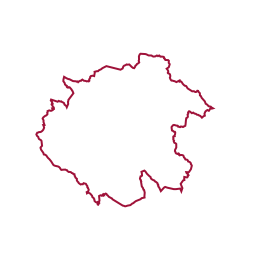 outline of Tu Mo Rong, Kon Tum, Vietnam, rotated 311°
{"feature_id": "81297802B16541954250717", "entity_name": "Tu Mo Rong", "entity_type": "district", "adm_level": 2, "iso_a3": "VNM", "parent_name": "Vietnam", "parent_adm1": "Kon Tum", "projection": "equal_earth", "projection_center": [107.945, 14.888], "detail": "fine", "context": "isolated", "style": "outline", "palette": "rose", "viewbox_px": 256, "rotation_deg": 311, "n_neighbors": 0, "source": "geoboundaries", "source_scale": "gbopen_adm2", "svg_char_len": 5801}
<svg xmlns="http://www.w3.org/2000/svg" viewBox="0 0 256 256"><g transform="rotate(311 128 128)"><path d="M52.8,81.8L53.5,83.0L53.5,83.6L53.7,84.4L53.3,85.5L52.9,87.5L52.9,89.0L52.4,91.9L51.2,95.8L51.2,96.4L51.6,97.7L53.1,100.5L53.3,101.3L53.3,102.5L52.6,104.7L52.8,105.4L53.5,105.9L55.5,108.0L55.8,109.2L56.1,109.6L55.8,110.4L55.9,112.0L56.6,112.8L57.2,113.8L57.1,115.0L57.6,116.0L57.4,116.9L58.0,117.9L56.9,119.0L56.9,119.6L56.1,120.8L56.1,122.8L55.1,123.5L54.8,124.1L54.5,125.1L54.5,126.1L54.1,126.9L54.3,129.3L55.1,129.8L55.9,130.8L57.2,130.7L58.2,132.8L58.1,133.3L57.8,133.8L57.5,135.4L56.7,136.0L56.7,136.8L56.3,137.1L56.0,138.2L55.6,138.9L54.2,139.5L52.5,138.9L51.8,139.9L53.0,140.2L53.3,140.9L53.7,142.5L53.3,145.3L52.5,146.4L52.6,148.1L52.2,148.7L52.2,149.2L51.0,150.6L50.9,152.2L51.5,153.9L50.4,155.3L50.5,155.8L51.0,155.8L51.6,155.4L52.5,155.5L52.6,155.1L52.3,154.0L52.4,153.7L52.7,153.8L53.2,154.6L54.5,154.1L57.7,150.8L59.2,151.4L59.5,151.9L59.7,152.8L60.0,152.9L60.4,152.8L60.7,153.7L61.0,153.6L61.5,152.7L61.9,152.7L62.0,153.9L62.4,153.6L63.9,154.2L64.1,155.1L63.7,155.7L63.8,157.0L63.5,158.6L64.3,162.3L64.0,163.0L66.0,175.0L66.5,175.8L66.9,177.0L67.3,177.5L69.1,178.6L71.4,180.4L73.9,180.8L74.9,181.4L75.8,181.4L78.0,181.9L82.5,184.2L83.9,184.3L86.4,186.1L87.1,185.3L90.2,183.0L91.7,180.9L91.8,180.6L91.6,180.1L92.5,178.7L93.0,176.7L95.9,173.2L96.3,173.1L96.6,172.2L97.0,172.1L97.2,171.7L97.4,170.5L97.8,170.1L99.8,169.2L100.7,169.8L101.3,169.8L102.7,168.4L103.8,166.9L106.6,168.3L106.6,169.7L105.9,172.3L105.7,175.6L105.8,177.2L105.3,177.8L104.9,178.8L105.0,180.1L105.4,181.8L105.7,182.3L105.4,183.5L105.7,184.7L105.7,186.4L105.1,187.1L105.1,187.8L104.6,188.0L104.4,188.7L103.7,189.3L103.6,190.4L101.9,194.2L106.7,194.3L107.9,194.7L108.8,196.9L111.8,202.5L113.2,204.2L116.5,207.1L115.2,209.8L118.3,208.5L120.4,204.4L124.6,204.0L125.7,204.7L126.7,203.6L128.0,202.6L129.4,205.0L130.0,205.1L130.8,204.9L131.3,204.3L132.1,204.6L132.5,203.6L132.4,202.4L132.5,201.6L132.9,200.9L134.3,202.7L134.9,202.9L138.2,202.5L141.4,200.9L141.7,200.4L142.0,199.1L142.6,198.6L142.8,197.6L142.8,196.8L142.2,195.3L142.8,194.4L142.8,193.6L142.7,193.1L142.0,192.2L141.9,191.9L142.5,190.7L142.5,189.5L143.1,188.7L143.5,187.8L143.0,186.4L142.1,185.4L141.2,184.9L141.2,184.2L141.9,183.7L142.0,182.8L141.8,182.6L141.1,182.7L140.9,182.4L140.4,181.1L140.5,180.3L141.0,179.6L141.4,178.5L142.8,177.7L143.7,177.6L145.0,177.2L147.6,174.9L147.7,174.1L147.3,172.6L148.0,171.2L148.7,171.0L148.9,170.0L149.4,169.3L150.2,169.0L150.5,168.4L151.3,167.8L151.8,167.9L152.5,168.6L153.0,168.0L154.2,167.6L155.7,166.5L155.9,165.9L155.3,165.1L155.3,163.6L155.0,162.8L156.9,160.6L157.5,160.2L159.7,160.2L160.5,160.7L161.8,163.4L162.3,163.9L162.3,164.3L161.9,165.1L162.4,165.6L162.7,166.6L163.0,166.9L163.8,166.9L164.5,167.9L164.6,168.5L165.2,169.1L165.6,169.0L167.2,169.8L168.3,169.2L172.2,166.4L172.9,166.1L173.4,165.6L173.8,165.5L174.8,165.9L175.4,165.9L176.0,165.6L177.3,164.1L178.4,164.1L179.2,163.1L180.7,163.1L181.0,163.8L181.1,166.5L182.4,167.1L182.5,168.7L183.2,169.9L183.3,171.4L184.1,172.6L184.1,173.7L184.6,174.6L184.3,177.0L186.6,177.3L187.7,177.9L188.9,176.4L189.3,176.2L191.2,175.6L192.7,175.8L193.7,176.2L193.9,177.6L194.1,177.8L197.0,177.3L197.5,178.5L198.6,179.2L198.3,177.7L198.4,176.5L197.3,174.5L197.6,172.6L197.3,170.7L198.5,168.5L199.1,163.8L199.9,162.1L199.8,160.9L201.3,159.5L201.5,159.0L201.5,157.6L202.0,156.6L201.6,155.9L200.2,155.9L199.6,155.5L199.3,155.1L199.0,153.6L197.8,152.4L197.0,147.0L197.8,144.5L197.6,143.8L197.2,143.3L197.1,141.8L197.3,140.2L197.8,138.7L197.9,137.7L197.8,137.3L197.0,136.7L197.7,136.2L197.9,135.8L194.4,134.4L193.9,132.4L193.3,131.4L192.9,130.3L192.3,129.7L192.3,129.4L192.6,128.2L193.4,126.6L194.3,126.3L195.2,125.6L195.9,124.6L196.1,123.8L195.6,122.4L195.7,121.9L195.9,121.7L196.8,121.5L197.5,120.8L197.9,119.6L198.1,118.3L200.6,118.9L203.4,117.7L203.7,117.2L203.8,116.2L204.2,115.7L205.5,114.8L205.6,113.8L203.9,111.6L203.9,111.1L204.4,110.4L204.2,109.5L204.9,109.1L205.1,108.3L204.4,107.1L203.9,106.6L203.5,105.8L203.1,105.6L203.2,104.0L201.9,103.5L201.9,102.9L201.6,102.2L200.1,101.7L198.8,100.6L198.2,99.4L198.2,98.4L197.9,97.8L196.8,96.6L196.2,95.8L195.7,93.7L195.2,92.6L192.2,88.7L191.2,88.6L189.3,89.2L186.7,91.6L185.7,92.0L184.9,93.4L183.9,93.4L182.1,92.8L181.0,93.0L179.9,92.7L178.9,93.2L177.2,93.4L176.6,92.3L176.7,91.8L176.5,91.1L176.8,87.3L175.5,86.1L175.0,85.2L174.0,85.0L172.5,84.2L171.4,84.1L169.4,84.9L167.1,84.1L160.5,71.1L156.3,69.4L154.8,69.2L152.6,68.2L151.2,68.1L150.4,67.2L148.5,65.9L147.8,66.7L145.0,68.4L144.3,67.0L142.8,65.9L141.6,66.0L141.0,66.6L139.2,66.8L138.6,67.6L138.1,67.9L137.4,67.8L137.2,67.1L136.1,66.3L135.8,65.3L134.7,63.6L134.6,61.8L133.6,61.5L132.9,61.6L132.2,60.9L130.9,60.4L130.0,60.3L130.2,59.7L130.1,59.4L129.4,59.1L129.1,58.0L128.0,56.7L127.3,55.6L126.4,51.8L125.8,50.9L125.2,49.0L124.7,46.2L122.2,47.5L120.9,48.5L120.4,50.7L119.5,51.9L119.5,52.9L119.7,54.2L119.0,54.6L118.8,55.4L119.1,56.3L119.9,56.4L120.4,57.3L120.0,60.3L119.6,61.0L119.5,61.9L118.4,64.0L110.1,64.6L109.1,65.3L108.4,65.5L106.9,67.1L103.5,68.2L104.1,67.0L104.0,64.7L104.8,63.5L104.6,61.9L104.3,61.1L104.3,60.1L103.5,59.5L103.0,57.9L101.7,57.7L99.0,51.3L98.1,51.7L98.0,52.2L98.4,53.0L97.7,53.4L96.9,55.2L96.1,54.7L95.6,54.9L95.3,56.3L94.8,57.4L94.8,58.5L93.8,59.6L93.4,59.3L92.9,58.2L92.2,59.4L90.8,58.9L90.2,58.3L89.6,57.0L88.0,56.2L87.3,56.9L86.5,57.0L85.8,58.0L85.4,58.2L83.9,58.1L83.0,57.6L82.2,57.4L80.5,57.1L79.2,57.3L79.0,57.5L78.7,58.5L78.3,59.3L77.1,60.3L75.5,63.0L74.6,62.1L74.2,63.0L73.2,64.5L71.1,65.2L69.5,65.2L67.9,64.8L67.3,64.4L66.5,63.5L65.3,63.0L64.9,62.6L63.1,63.0L62.4,64.4L62.4,66.1L61.7,67.1L61.3,68.2L61.7,70.2L61.5,71.2L58.2,74.8L55.9,74.8L55.4,75.3L54.6,76.7L53.7,80.4L52.8,81.8Z" fill="none" stroke="#9f1239" stroke-width="2"/></g></svg>